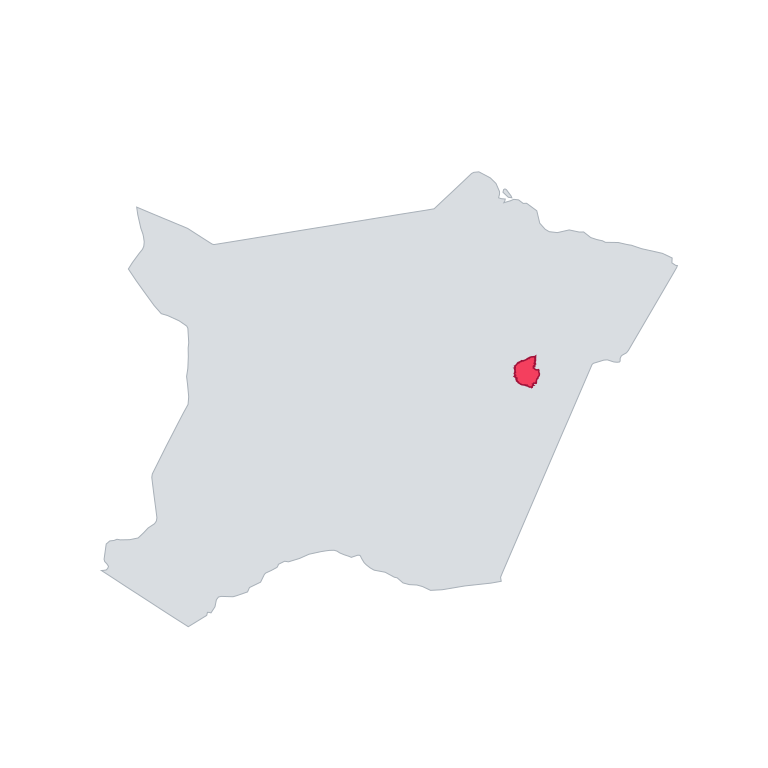 location of Makueni, Eastern, Kenya, rotated 261°
{"feature_id": "3690345B23299491685856", "entity_name": "Makueni", "entity_type": "district", "adm_level": 2, "iso_a3": "KEN", "parent_name": "Kenya", "parent_adm1": "Eastern", "projection": "robinson", "projection_center": [37.731, -1.955], "detail": "fine", "context": "in_parent", "style": "filled", "palette": "rose", "viewbox_px": 768, "rotation_deg": 261, "n_neighbors": 0, "source": "geoboundaries", "source_scale": "gbopen_adm2", "svg_char_len": 7095}
<svg xmlns="http://www.w3.org/2000/svg" viewBox="0 0 768 768"><g transform="rotate(261 384 384)"><path d="M170.8,468.9L170.6,458.6L171.9,432.3L171.7,409.2L172.9,397.7L177.9,390.4L180.3,385.1L181.9,377.6L184.6,371.6L190.5,366.7L191.6,363.9L197.9,355.7L201.7,345.1L204.6,341.5L208.2,338.2L210.7,336.4L214.9,334.7L218.1,333.7L218.7,332.9L219.0,331.1L217.9,324.6L219.3,322.4L221.5,318.1L224.0,314.0L226.3,311.4L227.6,308.7L228.2,304.1L228.3,300.8L228.3,295.5L227.6,283.3L224.9,273.2L223.3,261.8L224.5,258.1L222.4,251.4L221.3,251.0L219.6,249.6L217.4,243.3L215.8,237.6L214.7,236.1L207.6,231.1L204.0,219.3L200.0,216.7L197.9,204.9L197.5,201.6L199.7,189.9L199.5,187.2L197.1,184.7L190.4,182.2L185.0,177.3L185.7,175.7L186.1,173.9L183.2,172.7L174.9,152.7L185.6,140.6L196.5,128.4L210.4,113.0L223.1,98.8L234.2,86.6L244.0,75.7L243.8,77.7L243.8,80.5L245.0,82.2L247.0,83.4L249.8,82.1L252.3,80.4L254.7,80.1L269.4,84.6L271.9,88.6L271.7,92.9L272.4,96.0L271.3,99.1L270.0,108.5L270.4,117.1L274.8,123.5L278.7,128.5L281.9,135.5L284.2,137.7L287.4,138.8L297.5,139.1L312.6,139.5L327.0,140.0L328.3,140.1L331.4,141.1L344.7,150.6L356.9,159.3L367.2,166.9L377.2,174.2L386.9,181.4L394.5,187.3L401.9,189.1L414.0,189.9L422.3,190.2L430.1,192.7L441.6,195.0L450.2,196.2L455.3,197.6L469.7,199.0L472.1,198.2L478.4,191.6L485.5,180.9L488.3,175.0L497.5,169.2L513.6,161.0L525.0,155.3L537.6,149.5L543.3,154.5L551.2,162.5L554.8,166.5L557.6,168.3L561.9,169.4L567.2,169.5L570.0,169.3L575.9,168.2L589.6,167.3L597.4,167.4L590.8,178.0L582.9,190.8L568.4,214.4L557.4,226.7L549.1,236.1L548.3,237.8L548.3,248.2L548.4,273.7L548.7,324.8L548.9,375.8L549.1,426.8L549.1,452.3L549.2,460.9L556.5,471.6L563.6,482.1L573.1,496.0L578.2,503.4L579.0,505.9L578.7,510.9L570.9,521.3L564.5,526.0L556.0,528.2L553.4,527.8L550.0,526.3L548.7,528.8L547.7,532.7L545.8,531.9L544.3,530.7L545.2,537.6L546.1,541.0L544.8,545.7L540.6,549.7L540.2,553.1L531.2,562.0L518.4,563.0L511.6,567.4L508.6,571.0L506.4,578.9L507.2,591.0L503.6,600.4L502.9,605.0L496.3,611.1L493.4,616.7L491.2,622.3L489.3,624.8L487.1,637.5L484.0,645.2L483.1,647.7L482.4,650.0L480.0,654.5L478.4,657.6L477.3,659.7L469.5,679.4L463.4,688.3L458.6,687.3L455.5,690.7L455.1,692.3L453.4,691.4L449.4,688.2L441.2,681.5L433.0,674.8L424.8,668.1L416.6,661.4L408.4,654.7L400.2,648.0L392.0,641.3L383.8,634.6L379.0,630.7L376.9,628.4L375.2,623.8L374.4,622.6L372.2,621.2L369.7,620.8L368.9,620.0L369.0,617.7L369.8,614.5L372.9,608.4L373.2,604.8L372.6,600.7L371.7,594.1L370.8,592.6L365.4,589.2L354.0,582.0L342.6,574.8L331.2,567.6L319.8,560.4L308.4,553.1L297.0,545.9L285.6,538.7L274.2,531.5L262.8,524.3L251.4,517.1L240.0,509.9L228.6,502.7L217.2,495.5L205.8,488.3L194.4,481.1L183.0,473.9L178.7,471.2L174.9,468.9L170.8,468.9ZM549.9,538.9L547.9,539.4L549.0,536.0L554.8,531.5L557.2,532.5L557.7,533.5L557.5,534.5L556.6,535.4L549.9,538.9Z" fill="#d9dde1" stroke="#a8b0b8" stroke-width="1"/><path d="M361.0,522.3L361.2,523.0L360.8,523.5L360.7,523.5L360.7,524.0L360.2,524.0L360.1,524.4L360.2,524.8L360.0,524.7L359.8,524.8L359.7,525.2L359.7,525.3L359.4,525.9L359.0,526.1L358.6,526.8L358.4,527.0L358.2,527.3L358.1,527.6L358.2,528.0L358.1,528.3L358.0,528.6L357.8,528.8L357.7,529.0L357.4,529.2L357.5,529.3L357.6,529.9L357.9,529.9L358.1,530.0L358.4,530.0L358.5,530.0L358.9,530.2L359.0,530.3L359.0,530.5L359.1,530.8L359.3,531.0L359.3,531.5L359.4,531.4L359.6,531.2L359.9,531.3L360.0,531.1L360.4,531.3L360.5,531.2L360.5,531.5L360.8,531.7L361.0,531.5L361.5,532.0L361.4,532.5L360.9,533.9L361.3,534.1L361.1,534.5L361.9,534.8L362.0,534.4L364.9,535.7L365.0,535.8L365.1,536.0L365.4,536.1L365.5,536.3L365.4,536.7L365.5,536.8L365.8,537.0L366.4,537.0L366.6,537.0L367.1,537.7L368.1,538.6L369.4,539.0L369.6,539.1L371.9,538.7L372.0,538.7L373.0,539.1L374.0,538.9L374.0,538.6L373.9,538.5L374.0,538.2L373.9,537.7L373.9,537.4L374.0,537.2L374.2,536.8L374.2,536.4L374.5,536.0L374.6,535.9L374.8,535.6L375.1,535.4L375.3,535.2L375.6,535.0L375.8,534.8L376.0,534.7L376.3,534.2L376.5,534.3L376.6,534.2L377.0,534.3L377.0,534.2L377.2,534.3L377.3,534.4L377.6,534.3L377.7,534.5L377.7,534.8L377.7,535.0L377.8,534.9L377.9,534.7L378.0,534.5L378.5,534.7L378.5,534.8L378.6,535.0L378.4,535.1L378.5,535.3L378.6,535.2L378.7,535.3L378.9,535.4L378.9,535.5L378.8,535.8L379.1,535.8L379.1,535.7L379.3,536.0L379.6,536.0L379.8,536.2L380.0,536.1L379.9,536.3L380.1,536.4L380.1,536.8L380.3,536.8L380.7,536.5L380.9,536.6L381.0,536.4L381.0,536.2L381.3,536.1L381.6,536.1L381.6,536.3L381.8,536.3L381.7,536.1L381.8,536.1L382.0,536.1L382.2,536.5L382.3,536.4L382.5,536.6L382.8,536.6L382.8,536.8L383.1,537.1L383.3,536.9L383.5,536.8L383.6,536.5L383.5,536.4L383.9,536.8L384.0,536.7L384.1,536.9L384.2,537.0L384.1,537.3L384.3,537.3L384.5,537.4L384.7,537.5L384.8,537.4L384.8,537.1L385.1,537.1L385.3,537.4L385.6,537.1L385.8,537.3L386.0,537.4L386.3,537.5L386.5,537.5L386.4,537.5L386.4,537.4L386.5,537.3L386.6,537.5L386.8,537.4L386.9,537.6L387.1,537.6L387.0,537.8L387.4,537.8L387.5,538.0L387.9,538.1L387.8,537.9L387.7,537.8L387.7,537.7L387.4,537.4L387.5,536.6L387.6,536.1L387.5,535.9L387.6,535.7L387.6,535.0L387.7,534.3L387.7,534.1L387.7,533.6L387.7,533.4L387.7,533.2L387.4,532.8L387.5,532.2L387.4,532.1L387.3,531.6L387.2,531.5L386.9,531.6L386.6,531.3L386.8,531.1L386.8,530.9L386.9,530.7L386.7,530.6L386.7,530.0L386.7,529.9L386.4,529.7L386.5,529.5L386.5,529.4L386.3,529.3L386.0,529.0L386.1,528.8L385.9,528.6L385.9,528.4L385.4,526.8L385.3,526.6L385.4,526.2L385.3,525.7L385.0,525.3L385.0,525.1L385.2,524.8L385.1,524.6L385.2,524.3L385.2,524.1L385.4,523.9L385.5,523.8L385.5,523.4L385.4,523.4L384.9,523.5L384.8,523.4L384.9,523.0L384.9,522.8L384.7,522.2L384.6,521.7L384.5,521.4L384.6,521.0L384.5,520.9L384.2,520.8L383.9,520.8L383.8,520.7L383.7,520.3L383.7,520.2L383.8,519.9L384.0,519.8L384.1,519.7L383.8,519.2L383.6,519.2L383.1,518.6L382.9,518.4L382.8,518.2L382.5,517.9L382.1,517.4L381.7,517.0L381.5,516.6L381.4,516.2L381.3,515.9L381.1,516.0L381.1,516.3L380.7,516.2L380.1,516.2L380.0,515.9L379.6,516.0L379.6,515.9L379.3,515.7L379.2,515.6L379.2,515.4L379.1,515.5L378.9,515.6L378.6,515.4L378.4,515.4L378.3,515.6L378.1,515.7L378.0,515.8L377.8,515.7L377.7,515.5L377.6,515.4L377.3,515.6L377.1,515.7L376.8,515.6L376.7,515.6L376.3,515.2L376.1,515.3L375.9,515.3L375.9,515.5L375.7,515.6L375.4,515.6L375.0,515.7L374.9,515.6L374.8,515.4L374.7,515.2L374.6,514.8L374.6,514.7L374.0,514.4L373.8,514.5L373.7,514.4L373.6,514.5L373.3,514.7L372.7,514.8L372.4,515.0L372.2,515.2L372.1,514.9L372.2,514.7L371.9,514.5L371.7,514.5L371.5,514.4L371.5,514.1L371.4,514.0L371.4,514.4L371.3,514.5L370.5,514.8L370.3,514.8L370.2,514.6L369.9,514.8L370.0,515.1L369.7,515.3L369.7,515.5L369.4,515.6L369.2,515.9L369.1,515.6L368.9,515.5L368.8,515.4L368.5,515.4L368.4,515.3L368.3,515.2L368.2,515.2L368.2,515.3L368.2,515.5L367.9,515.6L367.9,515.8L367.6,515.7L367.4,515.6L367.5,515.3L367.4,515.3L367.1,515.5L366.9,515.8L366.7,515.6L366.5,515.4L366.4,515.4L366.3,515.6L366.1,515.6L366.0,516.0L365.2,516.4L365.1,516.7L364.8,516.6L364.6,516.7L364.7,516.8L364.7,517.0L363.9,517.4L362.8,518.6L362.5,519.0L362.4,519.0L362.2,519.4L362.2,519.6L361.8,520.1L361.6,520.2L361.5,520.9L361.4,521.4L361.0,522.3Z" fill="#f43f5e" stroke="#9f1239" stroke-width="1.5"/></g></svg>